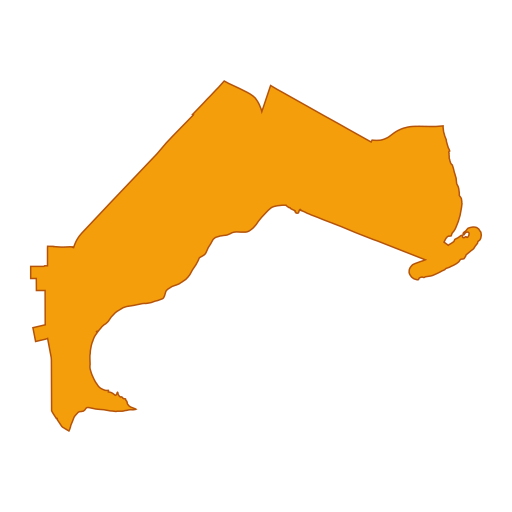 the district of Perth, Western Australia, Australia
{"feature_id": "25037944B64781294564969", "entity_name": "Perth", "entity_type": "district", "adm_level": 2, "iso_a3": "AUS", "parent_name": "Australia", "parent_adm1": "Western Australia", "projection": "natural_earth1", "projection_center": [115.852, -31.966], "detail": "fine", "context": "isolated", "style": "filled", "palette": "amber", "viewbox_px": 512, "rotation_deg": 0, "n_neighbors": 0, "source": "geoboundaries", "source_scale": "gbopen_adm2", "svg_char_len": 6000}
<svg xmlns="http://www.w3.org/2000/svg" viewBox="0 0 512 512"><path d="M210.4,95.9L207.3,99.0L203.5,103.1L192.5,114.5L193.4,114.9L172.5,136.3L166.1,143.1L157.1,153.7L113.1,199.9L81.7,233.2L79.2,236.2L77.8,238.3L76.5,240.5L75.4,242.8L74.4,245.2L73.6,247.6L72.7,247.4L72.9,246.9L70.0,246.8L63.1,247.1L61.4,247.1L53.7,246.6L53.7,246.4L47.6,246.3L47.5,248.1L47.5,265.8L44.6,265.8L43.9,266.4L30.7,266.4L30.7,278.5L36.3,278.5L36.4,290.5L45.1,290.5L45.2,323.9L45.3,324.8L32.9,327.7L35.6,341.5L45.8,339.1L47.6,338.4L51.2,357.4L51.4,360.1L51.6,410.5L51.9,411.4L53.3,413.8L56.2,418.3L56.8,418.2L57.2,418.5L57.3,419.0L57.1,419.4L61.7,426.3L62.6,427.2L68.9,431.0L69.6,429.5L70.3,427.5L71.0,424.8L72.3,421.8L73.7,418.1L74.3,416.8L75.1,415.7L78.1,412.4L78.5,412.1L79.8,411.6L80.9,411.6L83.4,411.1L84.9,409.9L85.9,408.4L86.5,407.9L87.0,407.6L88.0,407.5L89.1,407.6L95.7,409.0L99.5,409.4L103.7,409.7L110.3,410.9L112.1,411.0L116.0,411.5L116.7,411.3L117.5,411.2L122.0,411.2L123.6,411.0L124.8,410.6L126.5,410.4L129.2,409.8L130.6,409.7L133.0,409.8L135.2,409.5L135.9,409.2L135.2,408.8L131.1,407.2L130.3,406.8L129.0,405.9L128.6,405.4L127.5,404.0L127.2,402.9L127.2,402.5L126.8,401.3L126.7,401.1L126.3,400.8L125.9,400.3L125.5,398.9L123.5,398.6L122.9,398.2L122.6,397.6L121.7,396.9L121.2,396.9L120.6,397.0L119.7,396.5L119.0,395.7L118.3,394.6L117.8,392.8L117.8,392.5L117.5,392.3L117.1,392.8L116.9,393.7L116.4,394.7L115.4,395.3L114.8,395.0L113.6,394.0L112.1,393.0L110.8,392.4L108.3,391.9L108.5,390.8L108.5,390.4L108.3,390.3L107.7,390.4L106.0,390.4L105.0,390.3L102.6,389.3L100.5,388.2L99.3,387.2L98.4,386.3L96.6,383.6L96.2,383.1L95.1,381.4L94.5,380.2L93.9,379.1L92.1,375.1L91.4,373.3L90.1,368.9L89.9,367.1L90.0,365.1L90.1,364.5L89.9,358.3L89.9,355.4L90.2,353.5L90.4,350.5L91.3,345.5L91.8,343.7L92.3,342.1L92.9,340.8L93.2,339.6L94.4,336.8L95.4,335.2L97.2,332.6L96.5,331.7L97.1,331.2L97.7,331.9L98.8,330.5L99.3,329.8L100.4,328.6L102.0,326.6L104.0,324.8L105.8,323.7L107.9,321.7L108.5,321.0L111.2,317.0L115.2,312.8L117.0,311.4L122.9,307.8L124.2,307.3L126.7,306.5L133.7,305.4L142.3,303.6L144.5,303.4L145.8,303.5L149.5,302.9L151.4,302.5L155.2,301.1L157.5,300.6L162.6,298.7L163.3,298.1L163.9,297.2L164.6,295.6L165.1,293.9L165.7,291.9L166.3,290.6L167.9,289.1L172.0,286.5L173.9,285.8L175.3,285.3L176.3,285.0L179.0,283.9L185.5,279.6L186.3,278.9L186.8,278.2L187.4,277.8L189.6,275.0L190.4,273.7L192.3,270.1L195.9,264.8L198.1,260.7L199.2,258.1L199.6,257.6L202.8,255.8L204.2,254.9L205.4,253.7L206.0,252.6L207.6,249.1L207.8,248.5L208.7,246.9L210.8,243.6L212.3,240.8L213.2,239.3L213.8,238.8L215.1,237.7L216.1,237.2L217.9,236.7L220.5,235.9L221.6,235.8L224.0,235.4L225.5,235.3L227.1,235.0L230.0,233.8L232.1,232.7L233.8,232.2L236.5,231.9L240.7,232.1L245.6,232.1L246.9,231.9L248.5,231.3L249.3,230.9L251.5,229.3L253.1,228.0L254.4,226.6L256.2,224.5L258.3,221.4L261.6,217.3L268.0,210.5L270.5,208.3L271.9,207.3L273.7,206.6L276.1,206.0L277.7,205.7L282.5,205.2L285.9,205.2L285.9,205.3L287.4,206.5L288.8,207.5L289.1,207.5L289.4,207.7L290.0,207.7L290.8,208.7L295.1,210.8L295.0,211.6L295.1,211.8L295.5,212.2L295.9,212.4L295.9,212.8L296.1,213.0L296.9,213.2L297.5,213.2L298.4,212.9L298.7,212.3L298.8,211.6L299.6,210.2L299.4,210.1L299.5,209.9L300.0,209.5L300.3,209.4L300.4,209.5L300.5,210.3L301.2,210.6L301.3,210.3L302.2,210.9L304.4,211.8L307.3,213.3L309.5,214.1L310.9,214.8L318.0,217.5L323.3,219.7L341.3,226.6L355.6,232.6L373.2,239.5L377.5,241.0L425.3,259.8L422.6,260.9L421.2,261.3L415.2,263.5L413.2,264.4L412.5,264.8L411.3,266.1L410.1,267.7L409.7,268.6L409.3,269.6L409.2,270.5L409.1,272.4L409.3,273.3L409.7,274.2L410.1,275.0L411.6,277.1L413.6,278.6L414.2,278.9L416.8,279.7L417.8,279.8L418.3,279.7L418.7,279.2L419.0,278.4L419.4,277.9L420.3,277.5L421.5,277.1L422.4,277.1L423.7,277.5L424.4,277.4L425.3,276.8L430.6,276.0L432.2,275.6L433.7,275.0L437.7,273.2L439.9,272.1L442.2,270.8L443.9,270.1L444.8,269.6L445.9,268.5L449.6,267.2L450.6,266.6L453.5,265.3L456.5,263.6L458.7,261.9L459.6,260.7L460.1,259.8L460.6,259.4L461.5,259.1L462.9,259.0L464.0,258.7L465.6,256.3L466.0,255.1L466.3,254.7L470.8,250.9L472.7,249.5L473.7,248.6L475.2,246.2L477.5,243.3L477.8,241.8L478.2,241.3L479.5,240.3L480.0,239.7L480.8,238.1L481.3,235.1L480.9,232.4L480.9,232.2L479.6,230.5L478.8,229.1L477.1,227.8L476.3,227.4L474.8,227.1L473.0,227.0L470.2,227.5L468.1,228.2L467.4,228.9L465.8,230.9L463.9,232.3L463.3,233.0L463.1,233.8L463.2,234.4L463.6,234.7L463.8,234.7L464.1,234.7L465.2,233.0L466.4,232.3L467.3,232.1L467.9,232.1L468.2,232.2L468.8,232.7L469.1,233.3L469.1,233.7L468.9,235.0L468.6,235.8L467.8,237.1L467.3,237.4L466.7,237.3L466.4,236.9L465.7,236.7L464.2,237.6L463.6,237.7L463.0,237.6L462.8,237.4L462.5,236.9L462.5,236.2L462.7,235.7L462.6,235.4L462.0,235.3L461.2,235.4L457.9,237.8L455.1,239.2L454.7,239.6L454.0,241.3L453.8,241.6L451.2,243.4L449.3,244.5L448.3,245.3L444.0,242.1L445.7,238.8L446.2,238.1L447.3,236.8L448.5,236.1L449.8,236.1L451.1,235.9L451.3,235.6L451.9,233.7L452.3,232.9L453.8,231.2L455.2,229.0L456.0,227.2L458.3,221.4L460.1,215.2L460.4,213.6L461.5,207.6L462.0,203.5L461.8,202.8L461.8,201.5L461.4,198.7L460.9,197.7L459.3,195.5L459.3,192.7L459.2,192.1L458.7,188.5L458.2,186.7L456.7,183.8L456.4,181.2L456.1,178.1L455.5,176.2L455.0,174.3L454.3,172.2L453.4,168.4L452.3,165.0L451.3,164.1L450.6,162.9L449.8,160.5L449.6,159.3L449.2,158.4L449.2,156.3L449.0,154.4L449.1,153.1L448.8,152.6L448.8,152.3L449.0,151.4L449.7,151.0L449.2,149.5L448.4,148.0L447.5,145.3L446.5,141.7L446.2,139.6L444.7,135.9L444.3,134.2L443.6,131.9L443.1,127.7L443.1,125.9L435.8,126.5L430.1,126.5L419.1,126.3L413.5,126.4L410.7,126.6L407.7,127.1L403.4,128.2L400.8,129.2L398.0,130.5L395.9,131.7L394.1,132.9L389.0,136.7L387.6,137.6L384.3,139.1L381.7,139.9L380.3,140.2L376.8,140.4L374.1,140.3L372.1,140.1L371.1,142.0L348.2,129.2L341.0,125.1L324.4,115.9L284.6,93.5L277.2,89.4L270.6,85.5L261.8,111.7L261.1,109.0L260.1,106.6L259.0,104.0L257.5,101.3L255.3,98.1L253.0,96.0L249.8,93.8L246.9,92.2L239.1,88.3L228.6,83.4L224.2,81.0L218.5,87.4L216.2,89.7L210.4,95.9Z" fill="#f59e0b" stroke="#b45309" stroke-width="1.5"/></svg>